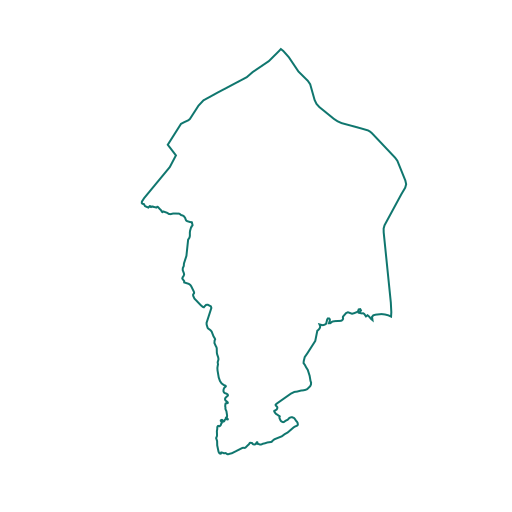 Ninawa, Robinson projection, rotated 130°
{"feature_id": "IRQ-3051", "entity_name": "Ninawa", "entity_type": "Province", "adm_level": 1, "iso_a3": "IRQ", "parent_name": "Iraq", "parent_adm1": "", "projection": "robinson", "projection_center": [43.286, 36.005], "detail": "fine", "context": "isolated", "style": "outline", "palette": "teal", "viewbox_px": 512, "rotation_deg": 130, "n_neighbors": 0, "source": "natural_earth", "source_scale": "10m", "svg_char_len": 6065}
<svg xmlns="http://www.w3.org/2000/svg" viewBox="0 0 512 512"><g transform="rotate(130 256 256)"><path d="M90.7,257.5L87.8,250.9L87.4,248.6L87.4,246.3L91.3,212.5L92.2,208.9L102.2,190.1L104.5,187.1L107.8,185.6L115.1,184.4L149.8,177.3L152.9,175.9L155.8,173.4L205.0,122.8L212.1,116.2L215.6,113.6L216.4,116.5L217.9,119.6L219.8,122.5L224.0,126.6L226.0,128.0L228.0,128.0L230.2,125.6L230.2,127.6L229.7,130.3L229.7,132.5L231.6,132.9L230.8,135.9L231.0,137.1L232.0,138.1L233.2,140.4L230.2,140.6L229.7,142.0L230.9,143.0L233.2,142.2L236.6,144.0L238.5,145.3L240.0,149.4L241.8,150.3L246.5,150.4L247.1,150.1L247.5,149.5L248.2,148.9L249.2,148.7L250.5,148.9L251.5,149.7L254.9,153.4L256.8,155.1L257.9,155.6L258.8,155.7L259.7,155.9L260.6,156.9L258.1,157.9L257.1,158.7L256.8,159.7L257.6,160.8L258.8,160.7L262.7,158.8L263.6,158.9L265.2,159.7L266.1,160.4L266.6,161.3L267.6,163.4L268.5,161.7L269.6,161.0L270.9,160.7L272.5,160.7L273.8,161.0L283.0,156.0L297.6,154.1L302.1,153.7L305.8,151.9L307.5,150.7L308.0,148.6L309.0,146.2L310.0,143.1L313.3,137.9L316.7,133.9L317.5,132.5L319.1,131.3L320.9,130.8L325.1,131.2L326.8,132.1L328.6,133.5L330.1,135.0L333.5,137.4L335.4,139.2L339.0,140.8L355.2,145.1L356.8,145.4L357.5,145.3L357.8,144.7L357.9,144.0L357.9,143.3L358.1,142.6L358.5,142.1L359.3,141.7L360.3,141.5L362.2,142.1L362.6,142.4L363.1,142.4L363.4,142.0L363.9,140.5L364.0,139.6L364.1,138.9L364.0,138.4L363.9,138.1L363.8,137.4L363.8,137.1L363.8,136.3L363.7,135.8L363.5,135.0L363.6,134.7L364.2,134.5L364.7,134.2L365.2,133.6L366.1,131.7L366.3,131.1L366.4,130.5L366.3,129.8L366.1,129.1L365.9,128.5L365.5,128.1L364.9,127.8L364.2,127.7L362.3,127.1L361.4,126.6L360.5,126.4L358.9,126.4L358.3,126.2L357.7,125.9L356.6,125.1L356.3,124.7L356.1,124.3L356.1,123.9L355.8,123.3L355.7,122.9L355.7,122.4L355.8,121.9L356.0,120.9L356.4,119.8L356.6,118.7L356.6,118.2L356.7,117.9L357.2,116.7L357.6,116.3L358.0,115.8L358.4,115.5L358.8,115.4L359.3,115.4L359.8,115.6L361.8,116.6L363.1,117.0L370.9,118.3L374.0,119.5L377.5,120.3L384.6,124.1L387.2,124.6L387.8,124.5L388.4,124.6L389.0,125.1L391.5,127.4L393.8,128.8L395.3,130.0L396.8,130.7L397.4,131.2L398.0,132.0L398.2,132.7L398.5,133.4L399.0,134.2L398.9,134.6L398.6,134.8L398.2,134.9L397.9,135.1L397.9,135.4L398.1,135.6L400.0,135.5L400.4,135.4L400.9,135.6L401.3,135.9L402.0,137.0L402.1,137.6L402.0,138.2L401.8,138.6L401.9,138.9L402.8,140.4L403.3,140.6L404.1,140.5L404.6,140.4L405.1,140.4L406.1,140.6L409.5,140.9L409.9,141.1L410.4,141.4L410.8,142.1L411.3,142.7L412.1,143.2L422.6,147.7L424.5,149.1L425.5,149.7L426.1,150.3L426.3,150.8L426.4,151.9L426.5,152.6L427.7,153.7L428.0,154.7L428.7,156.2L429.0,156.4L429.5,156.0L429.8,155.9L430.0,155.9L430.3,156.2L430.5,156.6L430.6,157.1L430.5,157.7L430.0,158.9L426.0,164.0L422.8,166.8L421.1,169.5L419.2,170.1L418.3,170.7L415.3,173.4L413.4,174.5L411.9,175.7L410.8,175.9L410.4,175.7L410.2,175.3L410.2,175.0L410.1,174.7L409.7,174.5L409.0,174.3L408.5,174.3L407.9,174.4L406.7,174.9L406.3,175.0L405.9,174.9L405.5,175.1L405.2,175.4L405.1,176.2L405.0,176.7L404.9,177.1L404.5,177.3L403.8,177.1L403.4,176.7L403.3,176.2L403.4,175.7L403.6,175.2L403.8,174.7L403.7,174.4L403.0,174.2L402.4,174.3L401.8,174.5L401.3,174.6L400.8,174.5L400.3,174.2L400.0,173.9L399.8,173.5L399.7,173.0L399.5,172.7L399.3,172.6L399.0,172.9L399.0,173.5L399.1,174.0L399.5,174.7L399.4,175.0L398.9,175.1L398.5,174.9L398.2,174.7L397.6,175.0L396.7,175.7L393.9,178.9L393.4,180.0L393.1,180.6L392.7,181.2L391.6,182.1L390.8,183.1L389.2,184.2L388.5,184.5L388.0,184.3L387.7,183.8L387.3,183.5L386.9,183.2L386.6,183.2L386.3,183.6L386.2,184.6L386.3,186.2L386.1,187.0L385.5,187.8L384.5,188.2L383.8,188.2L381.0,187.8L380.6,188.1L380.3,188.7L380.4,190.0L380.6,190.6L380.8,191.0L381.0,191.5L381.1,192.0L381.1,192.6L380.9,193.3L380.5,194.0L379.5,194.8L378.6,195.2L377.8,195.5L377.0,195.5L375.7,195.3L375.3,195.3L375.0,195.7L375.0,196.2L375.5,197.4L375.6,198.6L375.7,200.6L374.9,203.3L373.0,206.5L368.4,211.9L366.6,213.6L364.5,214.9L363.6,215.3L362.0,217.1L359.5,218.2L358.6,219.0L357.7,220.2L356.4,222.4L355.4,223.7L351.9,226.8L351.3,227.7L350.7,229.2L349.4,231.9L347.2,233.5L346.3,233.6L345.9,234.0L345.4,235.2L345.1,236.2L344.8,237.0L342.4,241.4L342.2,242.5L342.1,243.4L342.3,246.1L342.2,246.7L341.8,247.4L340.3,249.7L339.0,250.9L324.5,256.8L323.6,258.2L324.3,261.6L325.5,262.8L327.3,263.0L328.8,263.0L329.2,264.0L329.2,266.5L328.2,275.8L326.9,278.5L326.1,279.3L325.2,279.5L324.4,279.5L323.8,279.9L323.2,280.8L320.8,286.2L320.4,287.8L320.5,288.9L320.6,289.7L322.4,294.0L321.4,294.9L320.7,297.9L319.6,298.5L318.1,298.6L316.5,299.1L315.6,300.1L313.9,303.1L312.3,304.3L310.1,304.9L308.0,306.4L300.6,309.4L287.1,318.5L285.1,318.7L284.2,319.0L283.1,319.6L280.5,321.8L279.1,322.7L275.9,324.1L275.5,324.2L275.2,324.1L274.9,324.3L274.6,324.4L274.3,324.3L273.9,324.3L273.4,324.3L273.1,324.5L272.8,324.9L272.4,325.4L272.0,326.2L271.6,326.5L271.4,326.7L271.4,326.9L272.4,328.4L273.5,331.0L273.7,332.0L273.5,332.8L272.9,333.9L272.4,334.7L272.3,335.0L271.9,336.8L272.0,337.7L272.3,338.7L272.8,339.6L272.8,341.4L273.1,342.3L276.2,346.2L277.0,347.0L278.8,348.3L279.3,349.0L279.9,350.0L279.9,351.0L280.1,352.0L281.4,355.5L281.6,355.8L281.9,355.9L282.1,355.9L282.3,355.8L282.5,355.8L282.6,356.1L282.5,356.8L282.1,357.8L281.9,358.7L281.9,359.6L281.6,361.8L281.5,362.8L281.6,363.1L281.8,363.3L282.2,363.3L282.5,363.3L283.0,363.5L283.4,364.5L284.3,366.1L284.4,366.9L284.6,367.1L284.9,367.3L285.2,367.3L285.4,367.5L285.4,368.0L285.5,368.2L285.7,368.3L286.1,368.2L286.2,368.5L286.1,368.8L285.9,369.1L285.9,369.3L286.1,369.5L286.6,369.5L287.0,369.5L287.4,369.6L287.6,369.6L288.1,369.6L288.5,371.0L288.7,371.4L288.7,371.7L289.0,372.5L289.1,373.1L288.9,373.7L288.3,375.2L288.4,375.5L288.8,376.1L289.0,376.8L288.8,377.6L287.6,378.4L283.5,378.9L243.3,379.2L230.4,382.0L227.5,395.1L203.0,398.4L199.6,397.0L195.6,395.1L193.6,394.7L177.8,396.7L170.5,396.3L155.6,390.5L124.9,378.0L117.3,376.8L98.3,371.4L83.9,370.1L81.5,370.0L81.4,366.9L82.6,358.7L87.4,342.1L88.5,328.9L89.6,324.9L98.8,311.4L100.6,307.4L101.2,303.1L100.9,284.6L100.4,280.2L99.2,275.9L90.7,257.5Z" fill="none" stroke="#0f766e" stroke-width="2"/></g></svg>